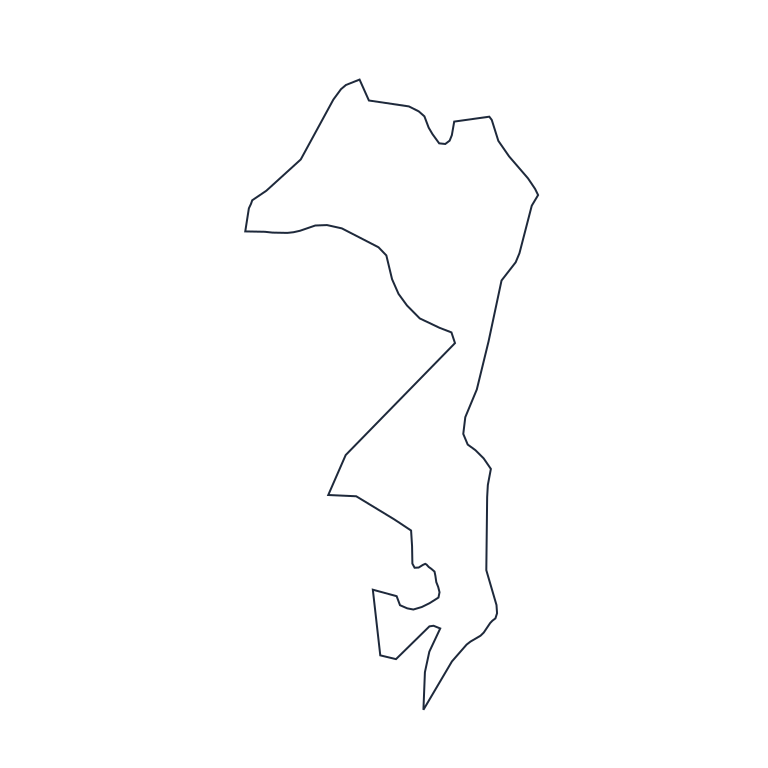 Appenzell Ausserrhoden, Equal Earth projection, rotated 112°
{"feature_id": "CHE-166", "entity_name": "Appenzell Ausserrhoden", "entity_type": "Canton", "adm_level": 1, "iso_a3": "CHE", "parent_name": "Switzerland", "parent_adm1": "", "projection": "equal_earth", "projection_center": [9.395, 47.359], "detail": "fine", "context": "isolated", "style": "outline", "palette": "slate", "viewbox_px": 768, "rotation_deg": 112, "n_neighbors": 0, "source": "natural_earth", "source_scale": "10m", "svg_char_len": 1436}
<svg xmlns="http://www.w3.org/2000/svg" viewBox="0 0 768 768"><g transform="rotate(112 384 384)"><path d="M505.7,323.7L498.5,367.7L507.8,394.1L464.2,392.9L319.5,333.5L310.9,340.8L311.1,353.6L309.8,375.4L302.6,392.1L295.0,404.3L283.8,415.8L263.9,430.0L259.3,440.3L255.5,481.4L258.0,496.4L262.8,507.1L273.4,519.3L277.2,524.8L280.1,530.2L285.4,544.1L287.5,551.5L294.5,569.8L271.7,575.1L266.8,574.8L263.0,575.0L248.9,565.5L207.0,545.3L139.2,537.5L126.7,534.3L121.0,531.3L110.9,520.7L126.8,504.2L117.3,464.9L118.2,453.9L120.7,446.8L129.6,438.6L134.2,432.6L140.2,423.0L138.5,417.1L133.8,414.3L127.9,414.3L114.4,417.2L96.7,386.5L98.8,383.0L115.7,369.1L126.1,353.3L139.4,327.5L146.5,317.0L151.1,311.9L163.3,313.8L212.0,307.4L221.8,307.5L244.0,313.8L305.4,303.0L354.3,295.9L384.3,296.2L400.6,291.8L408.8,283.7L411.1,274.5L415.6,263.8L422.7,253.1L438.7,249.9L450.2,246.0L518.3,219.4L546.8,196.9L554.2,193.3L559.6,192.9L562.8,194.8L565.8,196.0L577.1,198.4L581.2,200.2L590.4,207.3L594.7,209.8L615.8,217.1L671.3,225.4L635.9,238.1L615.2,241.7L589.6,240.3L589.6,247.5L591.7,251.1L634.6,269.8L637.0,285.8L578.9,317.3L576.0,292.8L583.1,286.3L583.3,278.4L582.1,272.3L576.6,265.4L570.2,259.7L561.6,253.5L556.3,254.5L551.9,257.7L548.1,261.3L542.6,264.5L539.0,266.9L537.6,271.0L536.9,274.0L535.5,276.9L535.3,278.4L537.2,280.2L541.2,283.1L542.9,286.8L539.9,290.4L523.9,297.2L509.7,304.0L505.7,323.7Z" fill="none" stroke="#1e293b" stroke-width="2"/></g></svg>